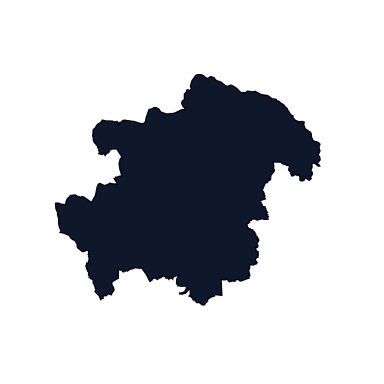 outline of Pluak Daeng, Rayong, Thailand, rotated 332°
{"feature_id": "78962969B8046097083868", "entity_name": "Pluak Daeng", "entity_type": "district", "adm_level": 2, "iso_a3": "THA", "parent_name": "Thailand", "parent_adm1": "Rayong", "projection": "natural_earth1", "projection_center": [101.223, 12.976], "detail": "fine", "context": "isolated", "style": "filled", "palette": "ink", "viewbox_px": 384, "rotation_deg": 332, "n_neighbors": 0, "source": "geoboundaries", "source_scale": "gbopen_adm2", "svg_char_len": 6031}
<svg xmlns="http://www.w3.org/2000/svg" viewBox="0 0 384 384"><g transform="rotate(332 192 192)"><path d="M323.5,198.8L324.6,196.3L324.6,195.2L321.5,189.1L322.4,184.3L323.6,183.5L323.7,182.9L322.5,181.6L319.4,180.2L316.8,177.4L315.9,173.6L316.9,172.4L315.9,171.1L315.2,168.9L315.2,166.0L314.7,165.1L315.2,162.9L314.2,161.1L314.1,159.1L313.3,157.1L312.0,155.3L311.4,152.9L309.8,151.6L309.7,149.6L306.5,147.4L304.1,142.5L298.9,138.6L294.9,132.8L292.5,132.2L288.4,129.1L286.0,129.5L282.2,127.5L281.4,126.3L280.1,121.7L277.5,117.0L276.3,115.8L273.5,115.6L271.5,114.3L269.1,108.5L266.0,105.3L265.4,104.1L265.1,101.7L263.9,100.1L262.6,98.9L259.8,99.2L258.2,98.6L256.7,94.9L255.4,93.0L252.0,91.1L250.4,90.8L244.6,93.6L243.1,94.8L240.3,98.1L240.0,100.5L239.3,101.1L237.3,101.2L236.3,99.9L235.3,99.6L234.1,101.1L231.3,102.0L229.6,105.3L229.7,105.9L228.0,107.0L226.2,107.1L224.5,108.9L224.4,112.3L225.1,114.5L224.2,116.5L222.3,114.7L213.0,114.2L206.8,111.6L205.4,110.6L202.0,106.8L201.5,103.1L199.8,100.6L198.4,99.8L194.6,99.7L192.9,99.0L186.6,104.8L184.1,107.9L182.5,108.8L180.7,108.7L178.9,107.7L174.1,102.8L165.7,96.7L163.7,96.6L163.3,97.4L160.4,96.6L160.0,97.6L159.0,97.6L158.4,99.2L158.2,97.3L159.0,95.9L158.9,94.6L157.8,94.2L157.0,94.4L154.8,92.0L149.4,89.0L146.5,86.5L144.9,87.6L140.0,88.1L136.5,90.1L134.2,90.6L130.6,96.1L130.3,98.5L129.5,99.4L129.1,100.9L129.1,102.7L129.9,104.9L129.6,105.4L130.7,107.4L130.5,108.3L129.8,108.0L129.5,108.6L130.2,109.2L130.1,111.3L129.8,111.6L129.3,111.4L129.0,113.4L127.8,114.5L130.2,116.6L132.5,116.6L132.5,118.8L135.6,117.5L136.2,118.0L137.2,117.9L138.3,116.8L140.2,116.2L142.0,116.6L145.9,118.6L146.7,128.3L144.1,129.3L141.1,132.6L139.2,137.6L137.7,144.8L134.0,143.8L132.4,143.9L131.8,143.2L131.0,143.9L129.7,143.6L130.2,151.0L129.5,149.9L124.6,146.9L123.9,145.8L121.1,145.9L117.6,145.3L114.7,141.3L113.0,141.2L110.8,142.9L105.3,149.7L98.3,154.2L94.4,146.3L93.0,144.6L90.7,144.2L90.0,143.0L88.4,141.7L87.7,140.1L86.3,139.3L83.0,138.1L80.1,139.3L79.2,139.2L76.7,141.1L74.3,143.9L70.7,141.4L68.4,138.8L66.2,138.0L64.1,142.8L63.7,147.2L62.5,149.4L62.0,152.7L59.3,157.7L58.4,161.4L58.4,164.9L56.7,165.8L59.6,168.1L62.2,171.4L63.0,171.7L63.5,175.8L64.5,178.1L66.0,179.8L66.1,184.6L65.1,186.2L65.0,187.8L67.2,192.8L67.9,193.5L72.1,194.1L73.4,195.1L72.5,196.4L72.7,197.2L71.2,198.3L71.9,199.0L70.6,200.1L70.4,200.8L70.6,201.3L68.7,204.6L68.3,204.5L66.6,206.2L65.6,205.5L64.6,207.3L64.3,207.0L63.6,207.5L63.8,207.8L63.0,210.2L63.4,210.9L62.9,211.3L63.3,212.8L62.8,213.2L63.3,214.9L62.8,215.2L62.3,217.0L61.9,216.5L61.7,216.8L61.8,219.1L61.3,219.4L62.0,219.7L62.4,220.6L62.1,220.9L62.8,221.2L62.8,222.2L63.5,222.7L63.8,223.8L63.3,223.7L63.1,224.8L62.5,225.0L62.1,225.9L62.3,229.5L61.8,230.0L61.9,231.6L61.4,231.9L61.4,233.3L59.7,234.3L61.4,240.2L61.0,244.0L61.9,243.6L63.6,244.1L64.3,242.6L65.4,242.0L67.7,243.3L70.1,242.3L72.6,244.8L73.6,243.7L76.8,242.2L77.3,241.4L77.8,238.8L77.6,236.3L79.0,233.7L86.5,233.4L90.5,225.9L93.9,228.5L93.4,229.6L94.0,230.3L96.3,230.4L98.0,231.4L101.0,231.0L103.8,231.9L106.1,231.9L110.1,234.8L111.1,234.9L111.8,234.5L113.0,242.9L112.9,251.1L115.0,251.0L117.2,249.6L117.5,250.1L118.6,250.1L120.6,253.0L122.3,252.5L123.5,252.8L123.8,252.4L124.2,252.9L126.8,252.5L127.5,252.9L128.8,254.2L128.4,255.5L129.0,256.0L129.9,255.6L130.7,258.2L131.8,257.1L133.0,257.3L133.5,257.9L133.0,258.3L133.5,258.7L133.4,258.2L133.6,258.0L134.1,259.6L134.6,258.7L136.3,258.2L141.6,259.1L140.9,260.0L138.4,261.2L137.5,262.1L135.6,265.3L135.5,268.0L138.7,270.4L143.4,272.6L141.0,275.2L138.9,276.4L136.3,276.6L133.6,275.5L133.4,276.1L135.2,277.4L138.9,278.2L144.2,276.2L145.0,276.4L142.7,281.4L141.3,282.5L140.0,282.6L141.3,282.9L142.0,283.9L142.6,286.5L142.4,287.7L143.6,288.6L144.3,291.7L147.1,293.5L147.3,294.8L148.4,296.7L150.3,297.5L151.4,296.0L153.0,296.3L156.2,293.9L159.7,293.7L163.1,294.3L163.7,292.9L169.8,297.2L176.5,282.9L180.1,285.1L180.5,284.5L181.3,285.1L182.6,286.3L182.3,287.6L183.1,288.8L187.2,289.8L187.1,290.4L188.0,290.9L188.5,290.0L191.7,290.6L192.7,293.0L193.5,293.5L202.1,294.6L202.4,292.9L203.8,292.9L205.1,287.8L207.1,286.2L208.6,283.3L212.5,285.3L212.9,284.9L214.7,285.6L216.2,285.0L215.9,281.3L218.5,280.0L219.4,280.4L219.5,279.5L220.1,279.6L220.9,278.6L222.3,275.6L220.8,274.2L222.3,270.6L223.8,271.5L224.2,270.6L224.9,270.4L225.3,267.4L227.1,266.9L227.2,266.2L228.4,265.8L228.3,264.3L227.8,263.9L228.4,263.5L227.9,262.8L228.4,262.2L227.8,260.5L228.3,259.6L228.0,257.6L228.4,257.2L227.9,256.7L228.1,255.7L227.4,255.3L227.8,254.0L226.3,252.9L226.0,251.6L225.3,251.3L224.9,251.6L224.0,250.0L224.7,250.0L224.5,249.4L225.1,246.2L228.5,245.8L228.8,243.9L231.0,244.9L231.6,243.7L236.0,245.8L235.7,246.4L236.3,246.7L236.3,247.3L241.1,248.3L243.3,250.2L246.3,251.6L246.8,250.4L246.6,249.6L247.8,249.3L247.0,247.7L247.7,247.4L246.8,247.0L246.9,246.5L247.7,245.5L248.9,245.6L248.7,242.2L249.3,241.2L249.0,240.7L249.4,239.6L248.3,239.6L248.5,238.7L247.6,238.1L247.9,234.5L247.5,232.4L249.4,231.7L253.5,232.4L253.3,230.7L254.3,230.0L254.6,229.0L254.3,228.3L254.9,227.4L255.1,225.5L254.4,225.2L254.9,224.7L254.5,224.1L254.9,223.3L260.9,218.3L262.5,218.9L263.6,218.7L264.6,217.6L267.0,218.0L269.3,214.4L274.1,212.3L275.1,210.9L274.8,209.3L276.3,207.7L277.7,203.5L284.2,207.1L285.6,210.1L287.6,211.5L288.1,213.0L289.8,213.5L290.2,215.3L287.8,217.7L288.0,219.5L288.8,221.1L287.9,222.0L287.7,224.5L288.5,225.0L291.9,225.1L292.8,226.8L294.6,227.4L294.2,230.0L293.0,232.0L293.2,233.0L294.2,233.2L294.4,233.9L296.4,234.2L297.3,233.2L298.4,233.0L299.6,233.9L300.6,236.1L301.2,236.6L303.4,236.1L303.6,234.3L306.5,232.9L307.3,231.0L307.0,229.3L307.3,228.3L309.4,226.7L311.0,223.4L312.7,223.5L314.3,224.7L314.4,225.4L315.5,226.4L314.9,227.4L316.8,229.0L317.0,228.1L316.5,227.6L316.4,226.6L315.8,226.2L316.1,225.4L317.4,224.6L318.3,224.7L318.7,224.0L319.8,223.9L320.5,223.0L321.2,220.5L320.7,219.1L320.8,217.8L322.3,217.3L324.2,215.8L324.8,212.4L326.9,210.4L327.3,209.5L326.6,207.4L322.9,203.7L323.2,200.6L322.6,198.8L323.5,198.8Z" fill="#0f172a" stroke="#020617" stroke-width="1.5"/></g></svg>